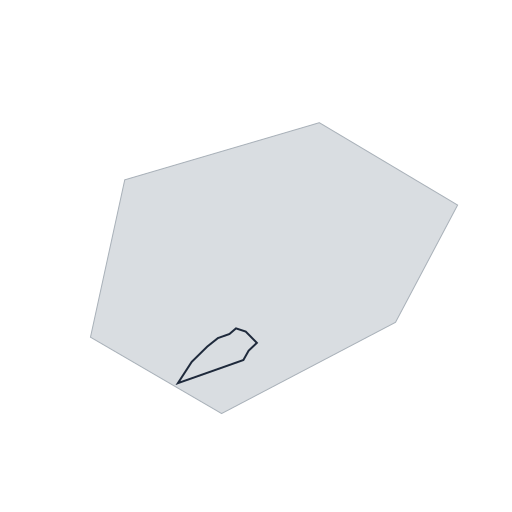 where Montegiardino sits in San Marino, rotated 40°
{"feature_id": "SMR-4889", "entity_name": "Montegiardino", "entity_type": "state/province", "adm_level": 1, "iso_a3": "SMR", "parent_name": "San Marino", "parent_adm1": "", "projection": "mercator", "projection_center": [12.471, 43.912], "detail": "fine", "context": "in_parent", "style": "outline", "palette": "slate", "viewbox_px": 512, "rotation_deg": 40, "n_neighbors": 0, "source": "natural_earth", "source_scale": "10m", "svg_char_len": 442}
<svg xmlns="http://www.w3.org/2000/svg" viewBox="0 0 512 512"><g transform="rotate(40 256 256)"><path d="M330.9,398.8L181.4,424.6L106.5,282.0L218.8,113.2L377.7,87.4L405.5,217.1L330.9,398.8Z" fill="#d9dde1" stroke="#a8b0b8" stroke-width="1"/><path d="M312.5,322.0L311.2,333.2L313.2,343.8L277.9,403.6L274.8,378.4L276.9,356.6L279.6,343.3L285.8,332.8L287.2,324.3L296.7,320.5L312.5,322.0Z" fill="none" stroke="#1e293b" stroke-width="2"/></g></svg>